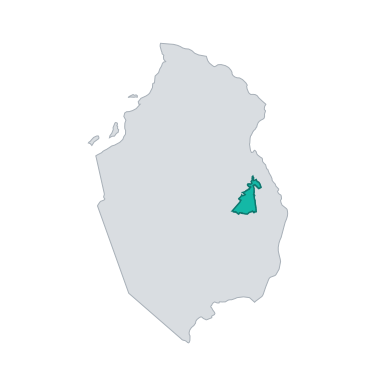 location of Songwe, Mbeya, United Republic of Tanzania, rotated 221°
{"feature_id": "72390352B69788666323478", "entity_name": "Songwe", "entity_type": "district", "adm_level": 2, "iso_a3": "TZA", "parent_name": "United Republic of Tanzania", "parent_adm1": "Mbeya", "projection": "albers", "projection_center": [32.779, -7.825], "detail": "fine", "context": "in_parent", "style": "filled", "palette": "teal", "viewbox_px": 384, "rotation_deg": 221, "n_neighbors": 0, "source": "geoboundaries", "source_scale": "gbopen_adm2", "svg_char_len": 8290}
<svg xmlns="http://www.w3.org/2000/svg" viewBox="0 0 384 384"><g transform="rotate(221 192 192)"><path d="M149.7,258.8L146.2,256.9L142.9,255.8L140.3,254.5L139.1,253.3L136.7,252.8L134.5,252.6L132.5,251.5L128.5,251.1L128.0,250.3L127.9,248.6L127.2,248.2L125.7,247.7L124.1,247.7L123.2,248.0L122.6,247.9L121.3,246.9L120.0,245.6L119.6,243.6L117.7,242.3L115.5,241.2L109.6,241.4L108.6,241.1L107.2,240.0L105.5,238.3L104.2,236.4L103.0,233.8L101.8,230.2L94.9,216.1L94.1,213.4L92.8,210.4L90.6,206.8L88.2,204.1L85.0,201.7L81.4,199.2L79.5,197.6L75.7,191.0L75.0,187.8L74.4,184.6L74.6,183.3L76.9,179.1L77.1,177.9L76.8,176.3L75.6,173.0L74.2,169.0L71.2,161.7L70.7,159.8L70.8,158.5L72.4,151.0L72.4,149.9L79.3,150.0L84.3,146.7L88.7,141.8L89.6,139.8L91.4,136.7L93.1,135.1L93.8,134.0L94.8,130.9L97.1,128.8L99.3,127.1L98.8,126.0L99.2,125.6L100.4,124.7L102.8,123.9L103.3,122.3L103.2,120.5L102.8,119.4L102.9,118.2L102.5,117.6L101.0,117.4L98.7,116.5L96.7,116.1L95.4,115.6L94.9,115.2L94.7,114.1L95.7,111.2L94.6,110.1L97.0,105.4L97.5,104.8L98.3,104.7L99.7,104.2L101.0,104.0L102.1,104.1L102.9,103.9L103.5,103.4L104.1,101.8L104.6,99.1L104.3,96.9L103.3,95.3L103.0,92.7L103.5,89.3L103.1,86.4L102.0,84.1L100.8,82.8L99.1,82.1L96.3,78.7L95.5,77.0L95.6,75.9L96.6,75.5L98.3,75.6L100.0,75.2L101.5,74.3L103.0,74.0L103.8,74.1L173.3,74.1L254.0,119.4L254.4,120.0L254.9,123.8L254.8,125.1L253.5,127.4L253.1,128.5L253.1,129.3L253.4,129.7L254.5,129.8L255.4,130.3L255.7,130.7L256.4,132.4L257.2,133.3L287.6,155.7L288.3,156.1L287.8,157.9L286.0,162.4L285.9,164.3L285.2,166.4L284.5,167.9L282.7,174.2L281.2,176.5L279.1,182.0L278.7,186.3L279.8,189.2L280.1,192.0L282.4,194.8L284.3,195.8L285.6,197.1L287.8,199.9L289.0,202.8L293.0,204.3L294.6,207.5L294.0,209.7L292.1,211.5L290.3,214.4L288.8,218.3L288.7,224.2L289.6,223.4L291.8,224.8L292.0,229.2L289.7,234.3L289.0,236.7L288.8,238.7L290.3,244.8L292.7,248.0L292.5,248.9L291.9,249.7L295.9,255.3L295.5,260.1L297.0,263.8L297.6,267.1L298.6,269.5L298.7,271.3L297.4,273.1L300.4,273.6L302.2,275.2L303.0,276.7L305.2,276.7L306.3,277.7L308.0,278.6L311.7,281.1L312.7,282.4L313.3,283.6L302.8,291.3L299.1,293.2L296.4,294.1L293.6,294.6L290.9,295.8L288.3,297.7L285.0,298.6L281.0,298.5L276.9,299.8L270.2,303.8L266.4,301.5L263.5,300.7L260.0,300.8L257.9,301.0L257.1,301.5L256.5,302.9L255.9,305.1L253.6,307.3L249.6,309.3L246.0,310.0L242.6,309.5L240.4,308.6L239.2,307.4L237.5,306.8L235.2,306.9L233.0,307.7L230.9,309.3L227.5,310.0L222.9,309.7L220.4,308.9L220.1,307.6L218.1,306.0L214.4,304.1L211.7,304.1L209.9,305.8L208.3,306.9L206.9,307.3L205.6,307.4L203.7,306.9L198.6,306.7L193.8,306.7L193.3,304.2L192.3,302.6L191.5,301.7L189.8,301.5L189.4,300.8L188.8,299.2L188.0,297.9L186.9,296.8L186.3,295.7L186.0,294.8L186.2,293.7L187.2,291.2L187.6,289.4L187.5,287.6L186.9,285.7L185.8,283.5L185.9,282.9L185.5,281.4L185.5,280.3L185.7,279.0L185.5,277.3L184.5,273.6L184.5,272.6L183.5,270.8L180.3,266.6L180.2,266.0L175.1,261.7L173.1,260.8L172.4,261.6L172.1,262.3L172.3,263.7L172.2,264.4L172.0,264.7L170.8,264.6L170.0,264.5L168.1,263.3L166.6,263.0L162.9,263.2L161.6,263.5L160.6,263.2L158.7,261.3L156.4,260.9L154.3,260.8L150.9,258.5L149.7,258.8ZM293.8,188.8L295.4,193.5L295.2,194.4L294.0,194.9L293.4,194.9L292.7,194.2L292.2,192.6L291.3,192.9L289.8,191.0L288.2,190.9L286.9,188.6L287.5,186.7L287.2,183.3L288.9,181.6L289.9,178.8L290.9,180.8L291.1,183.8L292.4,187.5L293.8,188.8ZM302.4,161.0L302.5,162.1L302.1,163.2L302.1,166.5L302.0,168.7L300.7,171.7L299.6,172.8L298.7,172.5L298.0,172.0L297.4,171.1L298.7,165.5L298.1,161.4L300.5,161.8L302.4,161.0ZM297.9,228.6L296.7,228.8L296.2,228.6L295.5,227.6L296.8,226.9L298.0,225.4L300.9,223.2L302.3,221.4L302.0,223.1L300.4,226.9L299.0,227.1L297.9,228.6Z" fill="#d9dde1" stroke="#a8b0b8" stroke-width="1"/><path d="M130.6,219.1L130.6,219.3L130.9,219.5L131.2,219.9L131.4,219.9L131.9,220.5L132.0,220.7L132.3,220.9L132.3,221.0L132.6,221.2L132.8,221.5L133.0,221.7L133.3,222.0L133.6,222.3L133.7,222.2L133.8,222.2L134.1,222.5L134.3,222.7L134.4,222.9L134.8,223.2L135.2,223.5L135.3,223.7L135.5,223.7L135.8,224.0L136.0,224.1L136.2,224.3L136.3,224.4L136.4,224.5L136.6,224.7L136.7,224.8L136.9,225.0L137.0,225.2L137.4,225.5L137.9,225.8L138.0,226.0L138.3,226.5L138.6,226.6L138.8,226.9L138.9,227.1L139.0,227.2L139.5,227.2L139.8,227.4L140.5,227.9L140.7,228.1L141.0,228.3L141.2,228.5L141.4,228.7L141.5,228.8L141.7,229.0L142.1,229.2L142.2,229.3L142.2,229.7L142.2,229.8L142.5,229.9L142.6,230.0L142.6,230.3L142.8,230.5L142.7,230.6L142.9,230.7L143.2,230.7L143.3,230.7L143.5,230.5L143.6,230.4L143.7,230.5L143.8,230.5L143.8,231.1L144.0,231.3L144.3,231.4L144.4,231.5L144.7,232.3L144.8,232.5L145.0,232.6L145.1,232.8L145.5,233.1L145.5,233.3L145.7,233.5L145.7,233.4L145.9,233.7L146.1,233.8L146.3,234.0L146.6,234.4L147.3,235.3L147.6,235.5L147.9,235.6L148.0,235.7L148.1,235.8L148.3,235.8L148.8,236.1L149.0,236.2L149.1,236.3L149.3,236.6L149.3,236.9L149.6,237.0L149.8,236.9L150.0,236.9L150.0,237.0L149.9,237.1L149.7,237.2L149.8,237.4L149.7,237.5L149.8,237.6L149.7,237.7L149.6,237.8L149.5,238.0L149.4,238.2L149.6,238.3L149.5,238.5L149.4,238.7L149.2,238.7L149.0,238.8L148.7,238.7L148.2,238.6L147.9,238.6L147.7,238.5L147.4,238.5L147.5,238.7L147.2,238.8L146.9,238.8L146.6,238.8L146.3,238.7L146.1,238.6L145.7,238.3L145.4,238.3L145.1,238.5L144.9,238.6L144.4,238.3L144.1,238.2L144.0,238.3L143.8,238.7L143.7,238.8L143.6,239.0L143.4,239.1L143.5,239.4L143.3,239.5L143.3,239.8L143.3,240.1L143.2,240.3L143.0,240.5L142.9,240.7L142.9,240.8L143.0,241.0L143.6,241.2L143.9,241.4L144.1,241.4L145.2,242.2L145.7,242.4L145.8,242.4L146.2,242.7L146.6,242.8L147.1,242.9L147.3,243.0L147.6,243.1L148.1,243.1L148.6,243.1L149.1,242.8L149.7,242.8L150.1,242.8L151.3,243.3L151.7,243.5L152.2,242.3L152.4,242.0L152.8,241.4L153.0,241.2L153.3,241.3L153.3,241.2L153.7,241.4L153.8,241.5L154.2,242.0L154.5,242.7L154.6,243.0L154.8,243.2L155.1,243.3L156.1,243.6L156.4,243.8L156.4,243.5L156.5,243.4L156.5,243.2L156.4,243.2L156.1,243.1L156.0,242.4L155.8,242.1L155.7,242.1L155.5,241.8L155.3,241.4L155.1,241.3L154.8,241.2L154.7,240.9L154.5,240.7L154.4,240.6L154.3,239.9L154.3,239.0L154.2,238.7L153.7,238.7L153.4,238.3L153.1,238.0L152.9,238.0L152.5,237.9L152.4,237.7L152.5,237.5L152.7,237.4L152.7,236.9L152.8,236.5L152.8,236.3L153.2,236.2L153.6,236.1L153.9,235.9L154.1,235.5L154.5,235.3L154.7,234.9L154.9,234.8L155.0,234.8L155.0,234.7L155.0,234.2L154.9,234.1L154.8,233.8L154.7,233.7L154.4,233.7L154.1,233.5L153.9,233.6L153.6,233.6L153.4,233.5L153.2,233.4L153.1,233.5L152.6,233.4L152.2,233.4L152.0,233.8L151.6,234.0L151.4,234.2L151.2,234.2L151.1,234.3L150.9,234.3L150.9,234.2L151.0,234.2L150.9,234.0L150.9,233.9L150.9,233.7L151.0,233.3L151.0,233.2L151.0,232.9L150.8,232.5L150.9,232.4L151.0,232.2L150.9,232.0L150.9,231.8L150.8,231.7L151.0,231.6L151.0,231.4L151.3,231.1L151.3,230.7L151.3,230.2L151.4,229.8L151.5,229.4L151.9,229.1L151.9,228.8L152.1,228.4L152.1,228.2L152.0,227.8L151.9,227.6L152.5,226.6L152.6,226.3L152.8,226.0L152.9,225.7L153.0,225.4L153.4,224.9L152.5,225.0L151.7,224.9L151.3,225.0L151.0,225.0L150.5,225.0L150.1,225.0L150.1,224.7L150.4,224.2L150.5,223.9L150.6,223.7L150.7,223.4L150.9,223.1L151.1,222.8L151.3,222.4L152.3,222.4L152.2,222.3L152.2,222.2L152.1,219.6L152.2,218.8L152.3,218.3L152.3,218.1L152.3,217.9L152.3,217.6L151.8,217.4L151.1,217.4L150.9,217.5L150.6,217.6L150.4,217.7L150.2,217.8L149.7,217.9L149.6,216.9L149.4,216.5L149.3,216.1L149.2,215.7L149.2,214.5L149.2,213.5L149.2,213.3L149.2,212.9L149.2,209.1L149.2,204.2L149.1,204.3L148.7,204.5L148.4,204.5L148.3,204.3L148.1,204.2L147.9,204.4L147.7,204.4L147.4,204.3L147.2,204.5L146.9,204.6L146.9,205.0L146.7,205.3L146.0,205.3L146.0,205.6L145.9,205.7L145.9,205.8L145.0,205.8L144.5,205.7L143.6,205.8L142.5,205.8L142.4,205.8L142.2,206.5L142.4,207.0L142.5,207.2L142.5,207.4L142.5,207.6L142.3,207.8L142.0,207.9L141.9,208.0L141.6,208.4L141.3,208.3L141.2,208.3L141.2,208.5L140.9,208.5L140.7,208.5L140.4,208.7L140.4,209.1L140.1,209.1L139.8,209.0L139.6,209.1L139.1,209.5L138.4,210.0L137.7,210.2L136.7,210.9L136.6,211.1L136.2,211.3L135.7,211.7L135.5,213.3L135.5,213.8L135.2,214.4L134.9,215.0L134.2,216.0L134.2,216.3L134.0,216.7L133.8,216.8L133.8,217.2L133.7,217.2L132.9,217.1L132.7,217.3L132.5,217.6L132.4,217.7L132.2,217.5L132.1,217.2L131.9,217.0L131.6,217.2L131.6,217.3L131.6,217.5L131.6,217.8L131.5,218.2L131.4,218.3L131.0,218.6L130.9,218.9L130.6,219.1Z" fill="#14b8a6" stroke="#0f766e" stroke-width="1.5"/></g></svg>